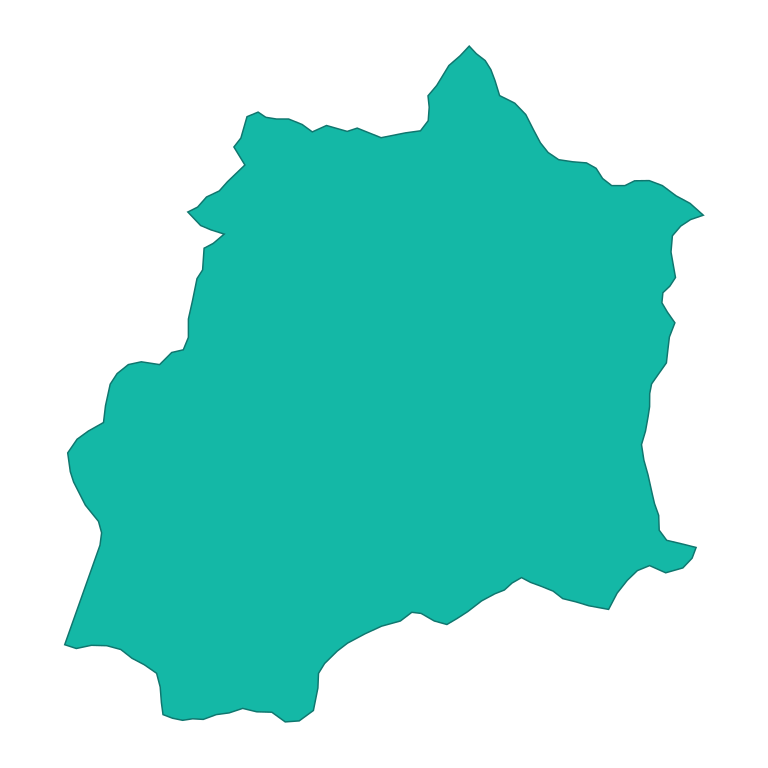 the district of São Tomás de Aquino, Minas Gerais, Brazil
{"feature_id": "56859067B74790643980501", "entity_name": "São Tomás de Aquino", "entity_type": "district", "adm_level": 2, "iso_a3": "BRA", "parent_name": "Brazil", "parent_adm1": "Minas Gerais", "projection": "orthographic", "projection_center": [-47.12, -20.781], "detail": "fine", "context": "isolated", "style": "filled", "palette": "teal", "viewbox_px": 768, "rotation_deg": 0, "n_neighbors": 0, "source": "geoboundaries", "source_scale": "gbopen_adm2", "svg_char_len": 2103}
<svg xmlns="http://www.w3.org/2000/svg" viewBox="0 0 768 768"><path d="M469.2,46.1L460.1,55.8L448.9,65.5L436.7,85.5L428.0,95.8L429.2,107.2L428.2,120.7L420.5,130.8L405.3,132.9L381.1,137.7L357.2,128.1L347.2,131.4L326.5,125.5L312.3,131.9L302.2,124.5L288.6,119.0L276.4,119.0L265.8,117.3L258.1,112.1L247.0,116.7L240.9,138.0L233.9,147.0L244.9,165.0L227.4,181.8L219.3,190.9L206.5,197.0L197.6,207.1L187.8,212.0L200.6,225.5L211.0,229.9L224.2,234.1L213.2,243.4L204.1,248.2L202.6,269.9L197.0,278.6L192.5,300.7L188.4,319.0L188.4,337.4L183.3,349.8L171.7,352.5L159.6,364.6L141.3,361.8L128.3,364.6L117.1,373.6L110.2,384.2L105.5,405.7L103.5,422.5L88.4,431.0L77.1,439.2L67.7,452.9L70.3,471.7L73.6,482.0L85.4,505.2L98.5,521.4L101.6,532.8L100.0,545.2L64.7,644.7L76.3,648.5L91.4,645.3L106.8,645.7L120.8,649.5L132.0,658.3L144.2,664.7L156.6,673.3L160.2,687.0L161.4,702.6L163.0,714.6L172.4,718.2L182.6,720.3L192.7,718.8L203.3,719.4L216.3,714.6L229.1,712.9L242.7,708.4L256.7,711.8L271.8,712.2L285.2,721.9L299.2,720.9L313.4,710.5L317.9,688.0L318.5,673.4L324.6,663.5L337.2,651.1L347.6,643.1L365.0,633.8L381.5,626.2L400.4,621.0L411.8,612.3L421.1,613.4L434.3,621.0L446.9,624.5L456.9,618.6L467.6,611.7L481.6,600.9L494.8,593.8L504.4,590.0L512.1,583.0L521.5,577.6L530.6,582.4L539.9,585.8L553.1,591.1L562.7,598.6L575.7,601.8L588.9,605.8L608.6,609.4L617.1,593.2L627.3,580.3L637.4,570.6L649.6,565.6L665.7,572.8L682.9,567.9L692.1,558.2L696.1,547.5L684.4,544.5L666.7,540.3L659.2,530.2L658.7,515.4L654.5,503.6L652.2,493.7L648.0,474.8L643.9,460.2L641.5,444.6L645.5,431.1L648.1,416.6L649.6,406.7L649.7,393.6L651.6,383.9L659.1,373.2L666.4,362.9L667.8,350.4L669.4,337.0L674.9,322.8L667.4,312.1L661.9,302.8L662.9,292.7L669.8,286.2L675.5,277.5L673.4,265.7L671.0,252.0L672.4,235.8L680.7,226.1L690.5,219.6L703.3,215.2L690.1,203.4L676.0,195.8L662.4,185.6L649.2,180.6L634.6,180.8L624.9,185.6L611.7,185.6L602.6,178.5L596.1,168.3L586.5,162.9L572.9,161.8L558.7,159.7L548.1,152.5L540.4,142.8L533.5,129.8L525.8,114.6L514.8,103.2L499.6,95.6L495.0,80.6L490.9,69.7L485.2,60.6L476.3,53.7L469.2,46.1Z" fill="#14b8a6" stroke="#0f766e" stroke-width="1.5"/></svg>